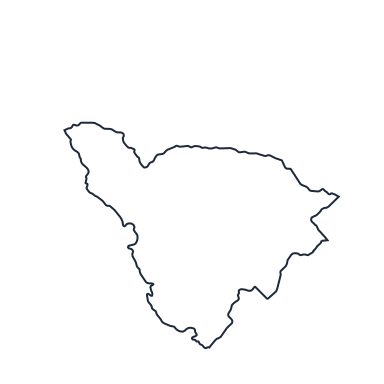 San Juan, Robinson projection, rotated 319°
{"feature_id": "ARG-1273", "entity_name": "San Juan", "entity_type": "Province", "adm_level": 1, "iso_a3": "ARG", "parent_name": "Argentina", "parent_adm1": "", "projection": "robinson", "projection_center": [-68.983, -30.369], "detail": "fine", "context": "isolated", "style": "outline", "palette": "slate", "viewbox_px": 384, "rotation_deg": 319, "n_neighbors": 0, "source": "natural_earth", "source_scale": "10m", "svg_char_len": 6031}
<svg xmlns="http://www.w3.org/2000/svg" viewBox="0 0 384 384"><g transform="rotate(319 192 192)"><path d="M119.4,173.7L118.5,173.5L118.1,172.4L118.4,171.5L120.3,168.5L121.0,166.0L121.4,163.6L121.7,154.7L120.9,148.9L120.4,148.0L119.0,146.8L118.5,145.5L118.5,144.0L118.7,142.0L118.7,140.0L117.4,133.7L117.1,132.9L116.8,132.2L116.4,131.6L115.8,128.2L114.5,125.4L114.4,124.3L114.6,121.1L115.1,119.7L117.5,118.4L118.0,117.9L118.3,117.3L118.2,116.8L117.6,116.0L117.5,115.6L117.7,115.2L118.3,114.9L119.2,114.1L120.7,113.1L121.3,112.5L121.6,111.7L121.7,111.2L121.9,110.9L122.8,110.5L125.6,109.9L126.9,109.3L127.9,107.9L128.3,106.5L128.4,104.7L128.0,101.4L127.8,100.1L127.7,98.7L127.9,97.4L128.4,96.1L128.9,95.2L129.6,94.3L129.9,93.7L130.0,92.6L130.1,92.0L131.7,89.0L131.9,87.8L131.7,86.3L130.8,83.5L130.6,82.0L130.7,79.8L131.4,77.6L132.5,75.6L133.6,73.9L134.1,73.6L134.5,73.4L134.9,73.2L135.1,72.5L135.2,65.5L136.3,61.7L140.1,62.8L140.5,63.0L141.6,63.7L142.5,64.2L143.3,64.2L144.0,64.2L145.5,63.6L146.1,63.4L146.5,63.4L146.8,63.6L147.2,64.0L148.4,66.0L148.7,66.3L149.4,66.8L150.4,67.1L153.2,66.8L154.2,67.3L162.4,74.5L164.0,76.3L164.8,78.7L165.6,80.2L166.2,82.3L166.7,84.8L167.3,86.7L171.1,90.2L172.0,91.3L172.7,92.5L173.3,94.7L174.2,97.1L174.6,97.8L175.2,98.4L176.6,99.6L177.2,100.2L177.8,101.2L178.3,102.3L178.3,102.9L178.2,103.6L177.7,104.6L177.1,105.1L175.7,105.6L175.1,106.0L174.6,106.6L173.2,109.2L172.9,111.3L172.9,114.4L173.1,116.8L174.0,117.8L175.0,118.8L175.5,120.0L176.0,121.1L176.3,121.6L176.4,122.0L176.4,122.4L176.0,122.9L175.4,123.3L174.8,123.6L174.5,124.1L174.3,125.0L173.9,129.0L174.3,130.8L174.3,131.4L174.1,132.0L173.9,132.4L173.1,133.5L172.4,134.8L172.0,136.0L171.7,139.3L171.8,141.2L171.9,141.9L172.2,142.3L172.4,142.6L174.4,143.5L175.7,143.4L178.9,142.4L179.4,142.4L180.0,142.5L181.6,143.2L182.2,143.3L183.1,143.3L184.0,143.1L186.9,141.8L188.6,141.4L190.0,141.2L191.2,141.6L194.4,143.8L195.3,144.1L196.8,144.3L199.7,143.9L201.4,144.1L208.4,146.5L210.0,146.7L210.5,146.9L210.9,147.2L212.2,149.4L213.1,150.3L215.3,151.9L218.6,154.1L219.3,154.8L219.7,155.5L220.5,157.6L221.2,158.1L223.8,158.9L225.0,159.8L227.7,162.7L228.0,163.7L228.4,165.0L228.7,165.3L229.1,165.7L231.1,167.0L231.4,167.3L231.8,167.7L233.3,170.1L234.1,170.9L235.6,172.2L236.4,172.6L239.1,173.8L239.9,174.6L241.3,177.0L242.0,177.7L249.7,184.0L250.2,184.6L251.9,187.4L252.7,189.0L253.2,191.7L253.5,192.7L254.2,193.5L257.9,195.9L258.6,196.7L260.0,199.6L260.3,200.1L261.1,200.9L263.4,203.0L264.5,203.8L266.0,205.1L268.6,209.5L269.0,210.0L270.4,212.3L270.8,212.8L271.2,213.1L273.6,214.2L274.4,214.9L274.9,215.7L277.1,221.1L277.7,222.2L278.4,223.3L279.3,225.0L280.4,226.6L280.5,227.5L278.4,234.4L278.6,236.3L281.6,239.2L279.1,257.2L279.6,258.9L281.6,262.8L282.0,264.2L282.0,267.7L282.1,268.4L282.8,269.5L287.3,274.1L287.8,274.5L288.9,275.0L292.2,275.3L292.6,275.5L292.9,275.9L293.0,276.7L293.0,278.2L293.7,280.9L293.7,282.8L293.8,283.3L294.1,283.7L294.6,284.2L295.1,284.4L295.9,284.3L296.3,284.5L296.9,285.1L298.3,287.8L299.7,291.8L285.5,292.6L283.1,292.1L282.5,291.7L281.8,291.0L281.3,290.8L279.4,290.3L278.7,290.2L278.2,290.2L276.3,290.8L271.6,291.2L270.4,291.1L269.6,290.9L267.8,290.3L265.5,289.8L264.2,290.6L263.7,291.2L263.3,291.9L263.0,292.8L263.1,293.9L263.4,296.2L263.3,297.5L263.7,298.4L263.8,299.1L263.6,299.9L262.7,302.8L262.5,304.2L262.6,305.7L262.7,306.8L262.7,310.8L262.8,312.8L262.6,317.3L258.5,314.4L257.1,314.1L256.5,314.6L255.9,314.9L255.1,315.0L251.5,315.0L248.2,315.8L246.6,316.0L246.1,315.9L245.2,316.4L244.7,316.2L244.3,316.3L243.4,316.7L238.2,315.8L237.8,315.5L236.5,313.6L235.8,312.8L235.0,312.2L232.9,311.2L232.2,310.5L231.7,308.3L231.1,307.4L229.7,305.8L227.7,304.6L225.8,304.5L219.6,306.1L219.0,306.5L216.8,308.3L214.8,309.2L213.6,309.5L206.9,309.9L206.2,310.4L205.7,311.0L205.0,312.3L203.1,313.8L193.3,320.6L190.4,322.2L179.5,322.3L179.0,322.0L178.6,321.5L177.5,305.0L177.3,304.8L177.0,304.7L176.3,304.7L173.6,305.3L171.8,305.1L171.0,304.7L169.9,303.6L169.1,302.5L168.6,301.3L166.3,298.5L165.1,297.5L164.3,297.2L163.4,297.0L162.9,297.1L162.2,297.5L161.3,299.0L161.0,299.2L160.6,299.4L160.0,299.5L159.2,299.8L159.0,300.0L158.6,300.7L157.7,302.8L157.3,303.3L156.9,303.5L155.5,303.9L152.7,303.4L149.7,303.3L148.2,303.5L147.9,303.6L146.8,304.3L145.4,305.4L144.8,305.8L143.6,306.4L140.1,307.5L139.3,307.9L139.0,308.1L138.4,309.0L138.1,309.7L138.1,310.1L138.3,313.8L138.2,314.6L138.0,315.4L137.6,316.1L137.3,316.4L136.3,317.1L135.8,317.2L129.4,317.5L118.5,320.2L116.0,319.7L114.7,319.1L112.4,319.1L103.9,320.5L103.2,320.8L102.5,319.8L101.2,319.2L100.2,319.1L99.6,318.5L99.1,316.9L99.1,316.3L99.3,315.1L99.2,314.5L99.0,313.8L98.3,312.4L98.2,311.5L98.3,311.0L98.7,309.9L98.8,309.2L98.6,308.8L97.6,308.1L97.4,307.5L97.4,306.2L97.3,305.7L96.9,305.1L96.0,304.1L95.7,303.5L95.8,302.7L96.6,302.0L97.8,302.2L100.2,303.1L101.6,303.1L102.1,302.5L102.5,300.0L103.0,299.1L103.6,298.3L103.9,297.4L103.8,296.2L103.1,295.1L102.1,293.8L100.9,292.8L99.9,292.2L97.5,291.8L95.4,291.9L93.5,291.4L91.5,289.3L90.9,288.1L90.4,286.6L90.1,285.0L90.2,282.2L89.6,281.1L87.9,279.1L84.9,273.0L84.4,271.4L84.3,270.2L84.9,267.3L85.0,264.8L85.0,262.4L85.2,261.1L86.1,259.1L86.3,257.8L86.0,256.4L85.6,255.2L85.5,253.9L86.7,251.3L86.9,250.1L86.9,247.6L87.0,246.2L87.3,245.2L90.4,240.2L91.1,239.7L92.2,240.2L92.6,241.7L92.9,243.1L93.6,244.0L94.4,243.7L95.3,242.9L95.9,241.8L96.4,239.9L97.0,238.6L98.2,236.5L99.3,236.0L101.7,236.4L102.3,236.2L102.2,235.4L101.6,234.5L99.9,233.0L99.0,231.9L98.4,230.9L98.2,229.7L99.3,220.6L100.1,218.3L100.4,217.8L101.4,216.4L101.7,215.6L101.7,215.0L101.5,214.3L101.5,213.5L101.7,212.1L102.0,211.1L103.1,209.1L103.9,206.8L104.9,201.7L106.1,199.8L107.0,199.2L107.9,198.7L108.6,198.0L109.0,196.7L108.8,195.3L107.3,192.9L107.4,191.7L108.8,191.0L113.5,193.4L115.4,193.9L117.4,193.3L119.1,192.4L120.6,191.1L122.0,189.4L122.5,188.3L122.7,187.1L122.8,184.6L123.0,183.3L123.2,182.7L123.4,182.2L123.9,181.7L125.0,181.2L125.5,180.8L126.3,178.3L125.5,176.0L123.7,174.2L121.6,173.4L119.4,173.7Z" fill="none" stroke="#1e293b" stroke-width="2"/></g></svg>